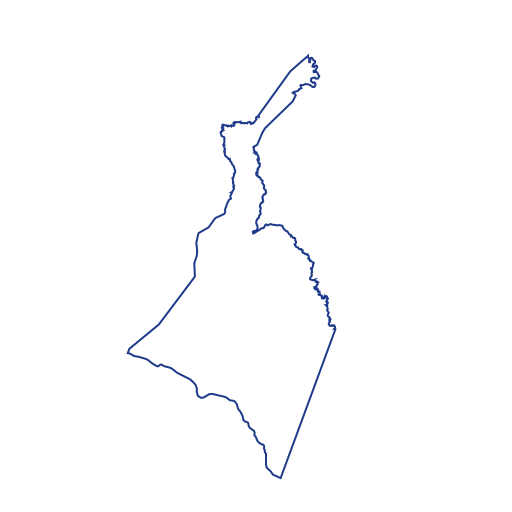 Peixoto de Azevedo, Mato Grosso, Brazil (Mercator projection), rotated 106°
{"feature_id": "56859067B15888729029832", "entity_name": "Peixoto de Azevedo", "entity_type": "district", "adm_level": 2, "iso_a3": "BRA", "parent_name": "Brazil", "parent_adm1": "Mato Grosso", "projection": "mercator", "projection_center": [-54.046, -10.194], "detail": "fine", "context": "isolated", "style": "outline", "palette": "blue", "viewbox_px": 512, "rotation_deg": 106, "n_neighbors": 0, "source": "geoboundaries", "source_scale": "gbopen_adm2", "svg_char_len": 6106}
<svg xmlns="http://www.w3.org/2000/svg" viewBox="0 0 512 512"><g transform="rotate(106 256 256)"><path d="M304.6,159.5L304.6,160.7L304.1,160.3L302.5,160.4L301.1,161.8L301.5,163.3L301.9,162.8L302.4,164.0L302.7,165.9L301.9,166.9L300.8,167.5L298.9,166.8L298.3,167.0L298.0,167.7L297.4,167.9L297.4,167.2L296.5,167.6L296.1,167.1L294.6,168.5L294.7,169.2L293.6,170.6L292.9,170.8L290.3,170.5L289.2,172.2L288.1,172.8L287.6,172.4L284.5,173.8L284.6,174.3L284.0,174.4L283.8,175.3L283.1,174.3L281.9,174.6L281.7,174.0L280.9,174.2L281.1,174.8L280.4,175.8L280.0,175.3L278.2,175.9L277.7,175.5L277.2,175.8L277.0,175.3L276.1,176.3L275.5,176.5L275.3,176.9L275.9,177.1L275.3,178.6L277.6,178.4L277.6,179.0L277.0,179.4L278.5,179.9L278.2,180.4L278.4,181.0L276.8,181.7L276.3,181.5L276.0,182.1L275.7,184.1L276.1,184.6L275.8,185.2L274.7,184.3L273.2,184.9L272.7,185.2L273.2,186.6L272.1,186.7L270.8,187.5L270.4,188.2L271.6,188.4L271.8,189.5L271.4,190.1L271.2,189.5L270.6,189.5L269.8,191.2L268.5,189.5L267.4,189.7L266.4,189.0L265.3,189.5L264.2,188.9L263.7,190.2L264.3,191.3L263.6,191.6L263.5,192.5L263.0,193.2L262.6,193.0L263.6,194.5L263.5,197.6L261.9,197.9L259.4,196.9L257.0,198.0L255.9,197.5L254.8,198.4L253.6,198.5L253.7,199.1L252.7,199.8L251.6,198.6L250.2,198.5L248.2,198.9L247.5,198.5L246.5,198.8L246.1,200.9L245.4,201.9L245.8,202.8L244.6,203.6L244.6,204.1L244.1,203.9L243.6,205.1L243.0,204.7L241.4,205.4L240.1,207.0L240.7,207.5L240.7,208.3L240.2,209.1L240.4,209.7L240.0,209.9L240.1,211.3L239.7,211.5L239.6,212.4L238.6,212.5L238.3,213.0L237.7,212.8L237.5,214.5L236.9,214.6L237.5,216.4L236.2,218.1L236.4,219.6L235.1,220.9L235.0,221.5L234.1,222.1L233.8,221.6L232.3,221.2L231.2,221.4L230.4,222.5L228.4,223.2L228.0,223.9L228.4,225.3L227.8,225.8L227.5,227.0L226.8,227.5L227.3,227.9L226.2,228.5L225.9,230.1L223.6,232.7L223.8,233.8L222.3,236.7L221.1,238.1L219.7,238.9L219.8,242.1L220.6,243.5L221.4,249.6L221.2,250.7L223.3,253.4L222.8,254.8L223.5,255.6L226.2,256.1L227.3,256.7L227.5,257.8L228.3,258.8L229.5,259.5L234.5,264.0L235.1,264.9L233.7,265.8L232.7,265.1L231.6,262.7L229.1,262.1L226.8,262.8L224.6,264.8L222.1,265.3L219.6,264.8L219.5,264.2L219.0,263.9L215.8,264.0L214.8,263.1L212.6,263.7L212.0,264.5L209.5,264.5L207.8,265.0L207.8,265.6L207.4,265.9L205.7,266.1L203.6,265.7L203.0,265.4L202.9,264.6L201.6,264.0L200.2,264.9L199.4,264.9L198.9,265.6L197.6,266.2L196.3,265.7L195.0,265.7L194.2,264.9L194.3,264.4L193.2,263.8L192.7,264.1L192.1,263.8L191.0,264.5L190.5,264.4L188.8,267.2L187.4,267.2L186.4,267.8L185.9,267.6L183.9,270.3L181.9,270.3L180.8,272.8L180.3,272.9L179.2,274.1L179.4,275.5L178.6,275.9L178.5,277.6L177.9,278.0L177.4,277.5L176.4,278.7L175.8,278.7L175.5,277.7L175.0,278.3L174.4,277.8L173.0,278.4L172.6,277.9L171.5,278.4L171.1,277.9L170.3,278.0L169.2,277.2L166.4,277.7L166.5,278.2L166.0,278.4L166.2,278.8L165.9,279.3L165.4,279.2L163.9,280.4L163.2,279.9L163.0,281.2L162.3,281.0L162.2,280.1L161.5,280.2L161.8,280.7L159.5,281.3L158.7,281.9L158.0,282.9L158.0,283.9L157.5,283.6L156.4,283.9L156.7,284.6L157.3,284.3L156.8,285.1L157.0,285.9L156.5,285.6L156.0,286.2L155.6,286.0L155.1,287.2L152.3,287.9L152.1,288.5L151.5,288.2L148.8,285.5L135.9,283.9L130.6,282.5L97.3,263.4L90.6,262.1L89.1,263.9L89.4,264.5L88.9,265.7L88.1,265.1L85.9,261.5L85.2,260.9L83.9,260.7L83.8,260.1L82.2,258.6L80.0,260.3L79.2,260.0L78.9,258.1L77.2,256.1L76.6,253.4L76.8,250.9L78.0,248.1L77.3,246.4L76.6,246.1L74.7,246.1L73.9,246.5L73.2,247.2L73.0,248.0L73.8,248.7L72.8,251.4L70.2,251.8L68.3,249.2L68.3,248.5L69.0,247.8L68.5,245.5L66.1,244.7L65.3,245.0L64.7,246.2L63.4,247.0L62.3,248.6L63.3,251.1L62.7,251.4L62.2,251.7L61.8,251.4L61.7,250.1L57.4,249.2L56.4,250.0L56.4,250.7L56.9,251.8L58.4,252.2L58.3,253.9L55.9,253.9L54.1,252.6L52.3,253.0L51.9,254.9L50.2,256.5L50.3,257.6L50.6,258.1L54.9,257.6L55.0,258.3L52.1,259.0L50.3,261.0L49.3,261.2L68.9,273.9L119.9,292.3L121.6,291.4L121.9,292.0L121.5,293.1L122.6,294.1L123.4,294.1L124.3,293.2L129.1,295.1L129.5,295.7L129.3,296.4L129.9,296.5L130.4,297.5L129.3,298.0L128.7,299.0L129.8,300.6L130.9,301.0L131.0,303.0L131.9,304.1L131.6,304.7L131.7,305.4L132.4,306.8L132.3,307.4L131.1,307.8L132.3,309.8L133.0,313.1L133.6,312.6L134.1,312.7L134.3,314.3L135.0,314.2L135.6,313.4L136.2,313.4L136.6,313.0L137.3,313.8L137.1,315.4L138.0,315.5L137.5,316.1L138.5,317.2L138.6,317.8L138.2,318.4L138.5,319.1L139.2,319.2L138.9,320.7L138.5,321.1L139.1,322.6L138.8,323.9L139.4,324.5L140.4,324.2L140.8,323.5L141.9,324.3L142.4,323.9L141.9,323.1L142.2,322.6L143.2,323.0L143.9,322.9L144.2,322.2L144.9,323.3L145.5,323.5L145.9,323.2L146.5,324.1L147.4,323.9L150.1,322.2L150.6,319.3L152.0,318.5L152.9,318.6L155.3,317.7L157.9,318.0L158.1,317.2L158.6,317.8L161.1,315.7L161.7,315.7L161.9,315.3L162.9,315.5L163.3,315.1L164.2,315.4L165.0,315.0L164.9,314.5L167.3,313.8L168.3,312.8L169.3,310.4L169.9,309.9L170.5,308.5L169.9,307.9L172.1,306.8L172.5,305.6L174.3,304.4L175.9,302.0L180.0,299.5L181.8,299.0L182.5,299.7L183.3,299.9L184.1,299.4L186.4,299.4L187.6,300.2L188.0,299.6L191.4,298.5L191.7,297.9L192.9,298.0L194.6,296.3L195.2,296.3L195.7,296.9L197.3,295.7L200.9,296.5L201.7,297.3L201.7,296.7L202.2,296.6L204.7,297.2L206.1,296.9L207.8,295.9L209.1,297.2L212.1,298.0L220.0,298.6L222.0,297.7L224.3,298.1L230.8,305.6L241.6,309.5L249.6,317.3L250.3,317.6L259.9,317.0L266.5,314.2L271.9,313.0L280.1,313.3L291.9,309.3L293.0,309.2L348.6,330.5L380.0,352.1L384.7,352.5L384.6,349.9L385.8,345.4L385.2,341.3L385.3,333.5L385.8,331.0L387.8,326.3L389.3,320.6L388.9,319.6L386.8,318.0L386.4,316.8L387.2,314.1L387.1,307.7L387.4,306.0L390.0,299.6L392.8,285.2L394.9,281.0L396.6,278.5L399.5,276.4L402.7,275.5L405.8,273.8L406.7,272.7L407.3,270.5L407.3,269.1L406.3,267.2L401.7,262.8L400.6,260.1L400.0,247.0L400.3,245.1L401.8,241.6L401.4,237.2L402.0,235.8L403.9,233.4L406.7,231.9L408.4,230.5L409.9,228.1L413.4,224.9L417.1,222.9L418.1,221.2L418.2,218.2L419.2,217.1L421.2,216.3L422.8,214.8L424.7,209.6L426.5,208.5L428.9,208.1L430.2,206.1L433.1,203.9L434.2,202.4L435.3,199.6L435.4,197.2L435.9,196.3L437.2,195.5L438.9,195.3L440.4,193.9L441.8,193.6L443.6,191.8L453.1,189.1L456.5,187.5L458.7,182.9L461.5,179.4L462.7,171.1L304.6,159.5Z" fill="none" stroke="#1e3a8a" stroke-width="2"/></g></svg>